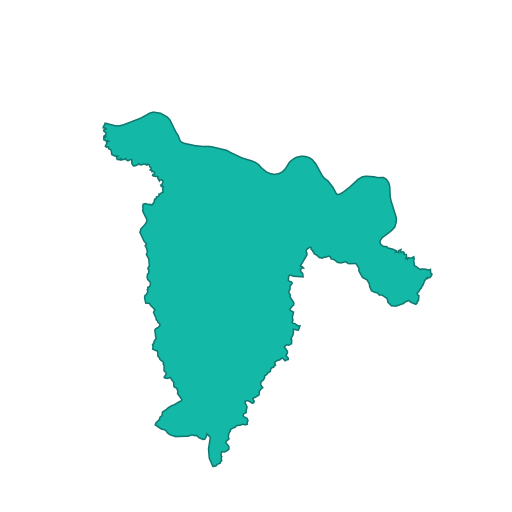 São Borja, Rio Grande do Sul, Brazil, rotated 68°
{"feature_id": "56859067B95150406275386", "entity_name": "São Borja", "entity_type": "district", "adm_level": 2, "iso_a3": "BRA", "parent_name": "Brazil", "parent_adm1": "Rio Grande do Sul", "projection": "natural_earth1", "projection_center": [-55.782, -28.711], "detail": "fine", "context": "isolated", "style": "filled", "palette": "teal", "viewbox_px": 512, "rotation_deg": 68, "n_neighbors": 0, "source": "geoboundaries", "source_scale": "gbopen_adm2", "svg_char_len": 6137}
<svg xmlns="http://www.w3.org/2000/svg" viewBox="0 0 512 512"><g transform="rotate(68 256 256)"><path d="M296.2,131.3L294.9,134.3L291.6,136.2L288.6,135.4L286.4,132.5L283.4,121.4L281.3,116.6L277.1,113.3L273.5,111.6L255.0,110.1L250.8,109.2L241.8,106.0L237.6,105.5L233.5,106.5L230.9,108.5L228.9,113.9L226.9,116.6L223.3,123.9L222.4,127.8L223.1,132.5L227.3,143.5L229.6,151.8L230.0,155.7L229.1,158.1L220.9,159.0L213.4,161.1L209.5,163.5L206.3,164.5L193.1,166.0L187.9,167.7L185.0,169.6L182.4,172.6L180.5,176.5L179.6,181.6L180.0,184.6L181.3,189.4L186.0,195.9L187.8,200.0L188.2,204.1L187.2,208.5L185.2,211.6L182.1,214.8L175.8,218.2L172.5,219.2L169.0,221.5L166.3,224.2L160.0,232.1L150.7,240.7L147.1,243.5L138.7,255.3L136.6,258.9L134.5,264.3L130.9,271.1L124.8,280.1L123.1,282.0L121.0,283.2L115.3,283.0L110.8,283.9L97.7,284.8L94.1,286.1L87.9,291.0L84.2,297.1L83.7,300.9L85.0,311.2L84.7,329.7L84.0,334.4L82.8,337.3L76.3,346.1L78.1,347.8L78.7,348.9L79.9,349.7L81.0,347.7L81.9,347.2L82.2,350.1L83.5,350.3L85.5,348.9L87.4,349.8L87.6,351.6L88.5,352.5L89.2,351.1L89.6,352.8L91.1,353.6L94.0,351.3L95.2,351.7L97.8,354.6L99.0,354.0L99.6,351.9L100.8,352.4L101.9,352.1L102.8,351.0L104.1,350.8L108.1,351.7L110.2,349.7L111.6,347.0L111.8,348.3L114.5,348.5L115.3,347.0L115.1,344.9L116.3,345.7L117.1,341.8L116.8,340.2L118.6,340.1L119.8,338.9L119.5,336.7L120.2,335.2L123.8,336.5L126.6,335.9L127.2,333.8L127.0,331.5L126.5,330.2L128.3,329.0L128.7,327.1L128.5,325.5L130.9,323.1L130.0,322.2L131.3,321.0L133.8,320.9L135.1,320.3L136.1,320.6L136.6,321.9L137.7,320.5L138.9,320.9L139.2,319.3L140.8,318.7L142.0,319.4L141.6,320.8L142.6,321.7L143.5,321.1L145.6,317.3L147.2,317.9L150.2,317.4L149.2,316.4L151.2,314.0L152.8,314.8L154.5,316.6L157.9,316.4L158.7,317.5L162.0,318.0L161.8,319.7L162.7,321.4L162.2,322.8L163.3,323.0L164.2,324.4L163.9,326.1L165.6,327.3L165.3,328.5L166.3,329.5L168.0,330.1L168.4,331.5L169.6,332.6L169.7,333.9L168.7,334.2L168.0,336.3L165.9,339.1L165.7,341.1L167.4,342.4L169.6,342.8L171.0,343.9L173.2,344.2L181.4,343.5L183.4,344.7L185.2,347.1L188.0,353.0L189.4,353.6L190.4,354.8L200.5,354.2L203.9,353.0L204.9,354.9L207.5,354.6L211.5,355.1L213.5,357.1L218.6,356.5L225.4,358.7L226.4,360.5L227.8,361.1L228.7,360.6L231.6,361.8L232.2,363.4L235.3,365.1L237.3,365.2L240.7,363.8L243.5,365.0L244.6,366.3L244.4,368.1L245.7,368.4L246.5,369.5L248.0,369.4L250.7,372.0L250.9,373.6L252.7,374.9L258.4,375.9L260.1,372.5L262.2,372.3L267.7,369.9L270.0,372.2L275.7,371.9L277.8,372.4L279.3,371.5L280.4,371.9L283.0,370.7L284.1,370.8L285.5,373.0L285.9,376.2L286.8,377.6L293.0,379.2L294.7,379.2L297.0,382.5L298.5,383.4L299.5,385.2L301.9,385.5L303.6,386.7L306.2,384.3L306.7,383.2L308.2,383.1L312.3,384.5L313.8,383.7L315.7,383.8L317.7,383.0L318.7,382.0L320.0,381.7L321.3,382.5L323.1,382.3L328.1,384.3L330.5,383.0L332.1,383.8L333.9,386.6L335.2,386.0L336.4,383.8L336.6,380.8L338.7,380.7L342.4,379.6L345.7,380.9L347.2,380.7L348.2,379.5L349.5,379.1L352.1,379.1L354.2,380.3L361.3,378.5L362.4,379.9L362.3,381.5L363.4,388.5L363.1,389.7L363.7,393.8L365.0,397.5L365.6,401.1L368.9,403.1L369.4,405.3L371.4,406.8L373.4,411.5L374.8,412.7L381.0,408.6L382.8,406.0L384.2,404.9L386.7,404.4L389.3,402.9L393.3,398.3L397.7,386.3L397.8,382.4L399.7,380.0L400.1,378.4L403.0,377.0L406.2,374.0L406.7,372.2L404.8,369.8L402.7,368.1L407.0,366.3L417.3,372.4L426.2,375.1L435.0,374.8L435.7,371.7L434.7,370.3L434.6,366.7L433.5,366.3L433.1,364.6L430.3,363.9L429.1,362.8L427.5,363.2L424.7,361.2L425.9,358.5L425.8,356.2L424.9,353.4L422.4,352.5L417.8,354.0L416.8,353.3L415.5,349.6L412.8,349.3L410.1,347.4L408.5,345.2L407.4,345.0L406.8,341.4L407.1,339.7L406.2,338.1L406.2,336.3L407.0,333.8L407.0,331.3L408.4,329.4L408.8,327.1L407.1,326.7L405.7,325.1L403.0,325.2L400.5,327.5L399.0,327.6L398.1,327.0L397.6,325.8L397.5,323.7L395.9,323.2L392.6,320.8L388.0,321.1L386.5,320.1L386.9,318.1L388.1,316.7L391.1,314.7L391.2,313.1L390.1,312.0L387.8,312.6L386.7,311.9L386.8,309.9L386.0,305.3L382.3,303.2L381.3,301.3L380.6,299.0L377.5,299.9L374.8,298.8L373.5,295.3L371.8,293.4L370.3,292.9L370.0,290.5L368.8,288.9L368.7,287.0L368.1,285.7L366.7,285.0L365.7,283.8L365.7,281.3L364.7,280.1L364.5,278.8L361.7,278.7L361.1,276.9L360.9,274.1L361.3,273.0L360.3,270.3L361.6,269.1L364.1,268.3L363.8,266.8L364.1,265.0L362.7,264.3L359.7,265.5L357.4,263.0L356.0,262.6L350.8,263.8L349.8,260.9L351.0,259.0L350.6,255.9L346.8,254.2L346.0,254.8L343.2,251.5L341.4,250.2L337.9,248.7L340.7,244.6L337.3,241.4L336.5,243.2L333.2,245.4L332.1,247.0L330.9,247.4L329.4,245.7L327.2,245.5L325.8,244.8L322.1,242.2L319.4,244.5L318.3,244.9L316.1,241.3L315.6,239.5L313.5,238.4L307.5,239.6L306.2,239.5L305.1,238.7L301.7,239.4L299.6,236.9L296.9,235.9L294.8,232.6L293.4,232.8L291.8,234.6L290.7,235.2L286.9,233.2L286.3,231.6L288.8,228.9L293.0,220.1L289.6,219.3L287.3,220.2L285.4,220.0L284.4,218.0L284.9,216.5L283.4,217.1L282.0,218.7L274.2,208.5L272.9,207.8L270.2,207.7L269.0,206.8L268.0,202.9L268.8,201.7L270.6,202.4L272.1,201.4L273.3,201.6L274.5,200.8L275.7,201.3L277.7,199.5L281.3,197.8L281.7,196.7L282.9,195.5L282.6,193.7L283.2,191.5L283.3,188.5L285.0,187.3L286.7,187.5L288.9,184.7L292.5,182.8L294.3,179.8L294.8,175.1L297.7,173.2L300.5,166.1L306.2,165.1L307.7,166.0L309.0,166.2L315.9,165.2L319.7,162.0L324.3,161.4L327.1,162.1L331.5,162.0L334.2,159.5L335.8,157.1L338.4,156.3L339.3,153.9L343.9,150.8L345.1,150.4L348.4,151.0L353.0,149.0L354.9,145.0L355.3,137.0L354.5,134.7L354.5,131.0L356.9,129.8L360.7,125.9L360.1,124.5L358.9,123.7L358.3,122.2L353.9,119.8L352.2,120.7L350.7,120.4L350.2,118.7L348.2,116.2L347.6,114.6L346.2,113.6L345.8,112.4L342.2,109.0L341.4,107.8L340.9,106.5L341.2,105.4L340.1,105.3L341.2,102.9L340.2,101.0L338.8,99.6L337.1,100.4L333.8,99.3L333.9,100.8L331.5,104.1L329.9,107.6L330.2,108.8L325.7,111.5L324.6,112.7L319.1,111.5L318.0,110.4L315.8,110.0L316.2,113.3L314.7,115.1L315.8,116.9L314.5,116.7L314.3,118.0L313.1,116.6L310.9,116.1L310.0,118.0L308.2,117.4L307.1,118.1L307.3,119.9L306.0,120.2L304.3,119.2L304.5,121.8L306.3,122.5L305.2,123.4L304.9,125.2L303.8,123.9L300.9,126.6L297.9,130.8L296.2,131.3ZM94.0,351.3L93.3,350.5L94.2,349.6L94.0,351.3ZM156.5,316.6L155.0,317.7L156.1,317.8L156.5,316.6Z" fill="#14b8a6" stroke="#0f766e" stroke-width="1.5"/></g></svg>